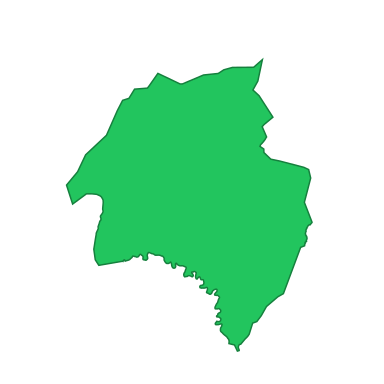 Galt, Hövsgöl, Mongolia, rotated 103°
{"feature_id": "93677404B44283034286627", "entity_name": "Galt", "entity_type": "district", "adm_level": 2, "iso_a3": "MNG", "parent_name": "Mongolia", "parent_adm1": "Hövsgöl", "projection": "natural_earth1", "projection_center": [100.238, 48.744], "detail": "fine", "context": "isolated", "style": "filled", "palette": "green", "viewbox_px": 384, "rotation_deg": 103, "n_neighbors": 0, "source": "geoboundaries", "source_scale": "gbopen_adm2", "svg_char_len": 6018}
<svg xmlns="http://www.w3.org/2000/svg" viewBox="0 0 384 384"><g transform="rotate(103 192 192)"><path d="M286.6,93.5L274.8,84.8L270.5,80.1L221.5,73.7L219.1,70.2L218.7,70.2L218.5,70.3L218.0,70.3L217.7,70.4L216.9,70.2L216.5,70.3L216.2,70.1L215.9,70.4L215.7,70.3L215.3,70.3L215.2,70.2L214.9,69.7L214.7,69.6L214.5,69.4L214.4,69.3L214.2,69.4L214.1,69.7L213.8,69.6L213.6,69.7L213.2,69.6L212.9,69.7L212.5,69.5L212.3,69.6L211.9,69.5L211.5,69.6L211.2,69.5L210.9,69.7L210.4,69.8L210.2,69.9L210.0,70.2L209.7,70.2L209.4,70.3L209.2,70.6L208.9,70.9L208.9,71.2L208.5,71.3L208.4,71.6L207.6,71.8L207.1,72.2L206.2,72.1L205.7,72.3L205.1,72.1L204.6,72.0L204.3,72.2L204.0,72.2L203.7,72.4L203.5,72.5L202.8,72.3L202.4,72.3L202.0,72.0L201.5,72.1L201.4,71.9L201.2,71.9L200.7,72.0L199.8,71.5L198.9,71.4L198.7,71.3L198.2,71.0L198.0,70.6L197.5,70.3L197.4,69.9L197.2,69.6L197.2,69.3L196.7,69.2L195.9,68.9L195.4,68.5L194.5,68.2L176.8,80.2L151.7,79.5L143.9,83.4L142.8,88.5L142.1,113.6L142.3,122.6L137.4,130.8L134.0,131.7L132.3,136.0L131.8,135.8L131.1,136.0L130.5,135.8L128.6,134.6L127.9,134.3L126.6,133.5L125.8,133.3L124.7,132.7L123.0,132.2L122.2,132.0L121.6,131.7L112.6,138.3L110.1,137.0L100.9,130.0L83.1,148.3L78.9,155.6L69.1,152.8L47.2,153.2L56.6,160.0L61.5,180.6L65.8,188.5L70.6,193.1L75.4,207.1L88.9,225.7L89.4,228.0L84.1,251.9L97.7,257.4L100.8,258.8L104.7,271.1L114.9,274.5L118.3,280.2L129.2,283.0L156.0,288.1L179.7,304.0L198.0,308.0L213.5,315.8L230.6,305.6L217.5,294.4L216.3,289.0L215.7,284.3L216.4,280.8L216.9,279.6L217.6,278.8L218.6,277.8L219.6,277.0L220.2,276.7L222.4,276.1L228.8,275.2L230.7,274.3L231.0,274.3L231.7,274.3L233.1,274.6L234.2,275.1L236.1,275.8L236.8,275.6L237.4,275.3L237.7,275.0L238.5,274.7L239.1,274.6L239.7,274.5L239.9,274.5L240.6,275.0L241.9,275.3L243.4,275.3L246.0,275.6L247.0,275.7L248.7,275.1L253.3,276.0L253.9,276.0L255.0,275.8L258.7,275.6L269.7,274.8L270.1,274.7L279.8,271.0L284.4,266.3L275.1,244.1L275.2,243.6L274.4,243.5L273.9,243.3L273.3,242.6L273.4,242.3L274.0,241.9L274.4,241.6L274.0,241.0L273.6,240.3L273.3,239.7L272.5,238.3L271.7,237.4L270.5,236.7L269.4,235.8L268.3,235.5L267.8,235.3L267.6,234.2L267.8,233.7L267.6,232.7L267.9,231.5L267.7,230.8L267.4,230.2L267.0,229.7L266.1,229.3L264.8,228.8L264.4,228.5L264.3,228.1L264.6,227.4L264.9,226.9L265.4,225.7L266.0,225.2L266.5,225.0L267.6,224.9L268.4,224.7L268.8,224.4L268.9,224.0L268.9,222.8L268.8,222.3L268.9,221.8L268.8,221.4L268.3,221.0L267.7,220.5L267.3,220.4L266.9,220.2L266.1,220.4L265.4,220.7L264.6,221.0L264.3,221.3L263.8,221.4L263.3,221.4L261.6,221.3L261.3,220.9L260.7,220.7L260.6,220.1L260.8,218.9L260.9,218.2L261.1,217.7L261.1,216.9L261.0,215.7L261.1,215.4L261.5,214.6L261.7,214.1L261.8,213.6L261.7,213.0L260.9,209.9L260.9,209.0L260.9,208.6L261.0,207.9L261.2,207.6L261.2,207.0L261.1,206.5L261.1,206.2L261.8,205.2L262.5,204.5L263.2,204.1L264.1,204.0L264.7,203.8L265.5,203.1L266.5,202.1L267.0,201.4L267.2,200.9L267.3,200.3L267.2,200.0L266.9,198.8L266.2,198.0L265.5,197.5L265.1,197.2L265.1,196.9L266.4,195.9L268.5,195.1L269.2,194.6L269.8,194.1L270.1,193.8L270.3,192.9L270.3,192.5L270.0,191.8L269.5,191.3L268.5,191.1L267.5,191.3L266.5,191.8L265.7,191.9L265.4,191.8L265.1,191.6L265.0,191.3L265.0,191.0L265.3,190.6L265.8,190.3L266.0,189.9L266.4,188.8L266.6,187.7L266.6,187.1L266.0,184.6L266.0,183.6L266.3,182.8L266.4,181.5L266.7,180.9L267.1,180.6L267.7,180.5L268.4,180.6L269.3,180.8L271.4,180.9L272.3,181.3L273.5,181.5L274.2,181.5L274.8,181.3L275.5,181.0L275.9,180.6L276.3,180.0L276.1,179.5L275.7,178.9L275.4,177.7L274.4,176.8L274.3,176.5L274.1,175.9L274.1,174.6L274.4,173.7L274.6,172.8L274.4,172.4L273.3,171.9L272.3,172.4L271.9,172.7L271.1,173.9L270.8,174.1L270.4,174.2L270.1,174.1L269.9,174.0L269.8,173.3L269.6,172.7L269.3,172.6L268.9,171.9L268.9,171.2L269.6,169.8L270.0,169.7L273.2,169.6L273.7,169.5L274.8,169.0L275.3,168.6L275.7,168.2L275.7,167.8L275.6,167.4L275.1,167.2L274.6,167.0L273.7,166.5L273.1,166.0L273.0,165.7L273.1,165.3L273.8,164.6L274.5,164.3L275.2,163.7L275.4,163.4L275.4,163.1L275.0,161.8L275.0,161.5L275.2,161.1L276.0,160.7L277.6,160.0L278.0,159.9L279.3,160.0L279.7,160.2L280.2,160.6L280.6,161.2L281.0,162.3L281.2,162.7L281.5,162.9L282.0,163.1L282.5,163.1L283.2,162.8L283.5,162.5L283.5,161.2L283.5,160.8L283.1,159.9L283.0,158.9L282.7,158.0L282.4,157.4L282.0,157.0L281.7,156.3L281.7,155.9L282.0,155.5L282.6,155.2L283.7,155.0L284.9,155.1L286.1,155.3L286.4,155.3L286.7,155.1L286.9,154.8L287.0,154.3L287.0,153.6L287.2,152.9L287.5,152.4L287.6,152.0L287.6,151.4L287.4,151.0L286.8,150.4L286.3,150.1L284.7,149.8L283.7,149.6L282.4,148.6L281.7,147.7L281.3,146.8L281.2,146.3L281.3,146.0L281.5,145.7L281.8,145.6L282.6,145.4L283.3,145.4L283.8,145.6L284.3,146.0L286.0,146.8L286.5,147.0L286.7,146.9L287.3,146.6L287.3,145.5L287.2,144.7L286.9,144.0L286.9,143.7L287.1,143.3L287.6,142.4L288.1,141.7L288.4,141.5L289.0,141.5L290.6,142.0L293.9,142.2L295.8,143.0L298.7,143.6L299.4,143.6L299.9,143.5L300.5,143.2L300.6,142.6L300.4,142.0L300.2,141.0L299.5,139.5L299.6,139.1L300.1,138.3L300.7,137.5L301.5,137.2L302.7,137.3L303.3,137.7L303.5,138.2L304.1,138.8L304.7,139.3L306.0,139.3L306.4,139.5L306.8,139.8L307.2,140.1L307.6,140.1L307.9,139.9L308.1,139.6L307.8,137.9L307.9,137.5L308.4,136.4L308.6,135.8L309.2,135.3L309.8,135.2L310.4,135.2L311.1,135.4L311.5,135.6L311.9,135.9L312.3,136.9L312.4,137.5L312.4,138.6L312.4,138.8L312.6,138.9L313.4,139.1L314.1,139.5L314.6,139.7L315.1,139.7L315.8,139.3L315.9,139.0L315.8,138.3L315.5,137.4L315.4,136.7L315.0,135.9L314.4,134.9L314.0,134.1L314.0,133.3L314.3,133.0L314.9,132.9L315.7,132.9L316.6,133.0L318.1,133.5L318.7,133.5L319.8,133.3L320.6,133.1L321.2,132.7L321.7,132.1L322.3,130.9L323.3,129.5L324.0,128.2L324.5,127.1L325.2,125.7L325.9,124.8L326.5,124.3L327.1,123.4L328.2,122.6L329.3,122.2L331.4,121.9L331.5,116.2L336.8,112.0L336.1,110.7L335.9,110.4L335.7,110.4L335.4,110.4L335.1,110.7L333.8,111.5L332.8,112.0L331.4,112.0L330.3,111.7L329.6,110.9L329.4,110.3L323.3,107.2L321.3,105.9L319.8,105.1L317.7,104.3L306.1,103.4L303.7,99.7L297.0,96.7L286.9,93.7L286.6,93.5Z" fill="#22c55e" stroke="#15803d" stroke-width="1.5"/></g></svg>